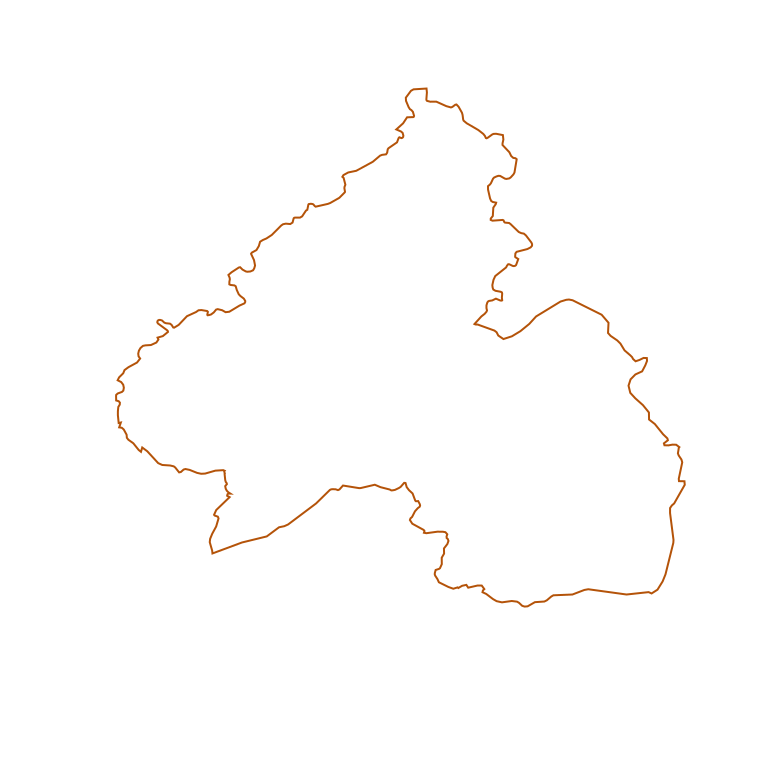 the State of Rheinland-Pfalz, rotated 344°
{"feature_id": "DEU-1580", "entity_name": "Rheinland-Pfalz", "entity_type": "State", "adm_level": 1, "iso_a3": "DEU", "parent_name": "Germany", "parent_adm1": "", "projection": "robinson", "projection_center": [7.376, 49.945], "detail": "fine", "context": "isolated", "style": "outline", "palette": "amber", "viewbox_px": 768, "rotation_deg": 344, "n_neighbors": 0, "source": "natural_earth", "source_scale": "10m", "svg_char_len": 6166}
<svg xmlns="http://www.w3.org/2000/svg" viewBox="0 0 768 768"><g transform="rotate(344 384 384)"><path d="M120.4,348.5L118.2,348.4L119.6,340.6L120.7,336.8L122.3,332.8L124.3,331.0L125.0,329.1L124.2,327.4L122.0,326.0L123.2,321.5L123.6,320.6L125.5,319.7L129.9,319.4L131.6,318.5L132.9,315.9L133.1,312.8L131.9,309.7L129.0,307.0L131.2,304.6L136.3,301.8L138.4,299.1L143.0,297.4L152.5,295.3L156.6,292.3L155.7,289.8L156.1,287.1L157.6,284.4L159.8,282.3L162.8,280.9L165.3,281.1L170.7,282.3L176.6,281.4L179.4,279.1L179.1,277.0L184.6,277.0L190.7,274.4L190.8,273.6L190.3,272.5L183.3,263.4L183.1,262.0L184.0,260.7L185.5,260.4L186.5,260.7L188.1,261.7L189.8,264.5L191.2,265.5L194.9,267.0L196.1,268.6L197.0,271.6L197.8,272.0L202.9,270.6L213.3,264.5L223.2,263.0L226.0,262.0L228.9,262.6L234.1,265.1L234.6,266.1L233.2,268.8L233.4,269.3L234.7,269.5L236.9,269.5L240.1,268.3L243.1,266.2L244.8,266.2L248.8,268.5L251.5,271.3L255.2,271.9L266.7,268.8L272.1,268.0L273.2,266.9L273.5,265.9L272.8,263.3L270.2,259.8L269.1,257.7L268.4,253.0L268.4,249.2L267.4,248.0L263.8,246.5L262.8,245.6L263.5,243.2L264.7,240.8L264.9,239.2L264.5,236.3L268.2,234.6L276.6,232.0L277.9,232.1L279.5,235.0L282.2,237.7L283.5,238.4L286.5,239.0L289.5,238.6L291.1,237.1L292.7,234.6L293.2,229.1L292.1,222.2L293.1,221.3L298.3,220.1L301.7,216.9L304.1,213.1L307.2,212.2L311.1,211.7L317.2,209.8L328.9,203.3L331.0,202.6L333.8,202.8L338.0,204.4L340.6,203.6L342.8,199.9L343.4,199.5L344.3,199.5L349.1,200.9L351.5,200.3L356.8,195.8L358.3,195.4L360.8,190.6L361.3,190.3L363.4,190.6L364.9,191.3L365.6,191.9L366.5,193.9L367.2,194.7L379.6,195.4L382.1,195.2L392.4,192.7L399.2,188.9L399.5,188.4L399.9,184.8L400.4,183.6L401.8,181.8L402.0,174.8L401.1,173.4L402.6,172.0L407.9,170.8L416.1,171.4L434.5,167.3L443.2,163.4L445.3,163.2L449.3,163.8L450.8,162.5L452.3,159.4L453.3,158.6L463.1,155.3L465.7,151.8L466.4,151.2L466.9,151.1L468.4,152.4L469.6,152.4L470.5,151.8L471.1,150.5L471.1,147.7L470.0,146.0L466.0,142.7L474.2,138.7L479.7,134.0L485.7,135.5L486.2,135.4L486.8,134.6L486.8,130.3L485.8,128.2L484.7,127.0L484.0,124.7L483.2,117.9L483.9,114.8L490.7,109.6L493.6,108.9L506.3,111.7L505.6,115.6L503.2,122.0L503.1,122.9L503.4,123.7L506.3,125.4L512.1,127.0L520.5,134.1L524.6,136.6L526.1,136.5L529.5,135.2L530.7,135.3L532.1,138.0L533.7,144.7L533.7,147.0L533.0,151.6L533.1,152.8L535.4,156.2L544.7,165.9L548.4,171.0L549.4,173.4L549.7,175.6L550.4,176.1L551.5,175.9L557.0,173.9L558.4,173.8L560.8,174.4L566.9,177.5L566.1,182.0L564.3,185.3L563.8,186.9L568.4,195.8L569.1,199.9L570.6,202.3L572.6,203.2L573.5,204.5L567.7,216.7L566.2,218.2L562.8,220.3L561.1,220.9L558.1,220.6L556.8,219.9L553.0,216.0L551.3,215.4L549.2,215.5L546.7,215.9L545.4,216.7L542.2,220.4L540.9,221.4L538.5,222.5L537.6,225.8L537.1,234.9L537.5,237.6L538.7,239.0L541.8,240.6L541.0,241.9L537.7,244.6L534.9,252.5L532.2,254.4L531.8,255.7L533.3,256.9L543.3,259.0L544.0,259.6L544.3,261.6L544.8,262.2L548.6,263.7L549.7,265.1L555.4,275.0L557.5,276.8L559.9,278.0L561.4,280.3L564.7,288.7L564.9,290.4L564.4,291.9L562.6,293.1L559.0,293.8L547.9,293.5L546.3,294.7L545.2,297.6L545.2,298.3L547.5,300.9L543.8,306.0L542.9,306.5L541.4,306.5L540.3,306.0L537.5,303.5L536.4,303.1L534.9,304.1L533.5,305.6L520.7,310.9L518.0,314.0L515.4,318.8L515.0,321.3L515.1,323.3L516.8,325.1L521.6,327.5L522.6,328.5L522.5,329.8L521.1,333.5L520.7,336.1L520.2,336.3L518.8,335.8L515.1,332.8L511.1,333.5L507.9,333.1L506.9,333.3L505.8,334.1L504.2,336.6L503.4,339.3L503.3,341.7L502.4,342.8L500.1,344.3L496.2,345.9L487.5,351.3L488.3,352.0L490.5,352.7L504.9,363.1L506.5,365.3L507.2,368.9L511.2,373.7L520.1,373.4L529.7,370.8L540.2,366.3L548.8,361.0L576.4,353.4L582.4,353.3L585.1,353.8L588.4,355.5L612.3,377.4L616.7,387.0L613.4,396.7L615.1,400.2L620.2,406.4L622.4,410.3L624.5,418.0L628.7,424.4L629.9,426.6L630.3,428.6L632.1,431.5L636.2,431.3L640.7,430.5L643.8,431.5L643.2,434.3L640.3,438.1L635.6,443.0L628.3,444.1L622.3,447.5L618.6,453.0L618.3,460.4L621.6,467.0L627.1,475.7L630.8,484.4L629.0,491.2L633.3,497.1L638.4,509.2L641.4,514.4L641.4,516.3L636.7,518.2L636.7,520.2L640.5,521.4L644.6,521.8L648.1,522.9L650.5,526.1L649.8,526.6L647.4,531.7L647.6,534.0L649.1,538.6L649.1,541.5L641.2,556.4L640.8,558.7L646.0,560.3L645.3,563.8L630.0,578.8L627.2,580.1L624.8,582.1L623.4,586.9L619.3,613.7L618.3,616.5L602.1,644.6L597.4,650.6L590.2,657.1L583.5,659.1L581.0,657.0L559.1,653.2L523.8,637.6L519.8,637.2L507.1,638.3L488.6,633.8L486.2,634.4L480.9,636.8L478.2,637.3L468.9,635.3L460.8,637.3L457.8,636.7L455.7,635.3L453.5,631.6L451.9,629.9L447.0,627.8L437.2,626.4L432.4,623.8L429.5,620.8L424.4,614.0L421.3,611.3L422.2,609.7L423.9,608.8L422.4,604.7L418.4,603.5L408.8,603.0L407.8,599.8L403.5,599.5L399.2,600.6L398.7,599.8L394.2,599.9L390.0,596.9L382.1,589.7L381.6,586.3L380.4,582.4L380.3,581.1L380.7,579.8L382.4,577.0L385.9,576.9L387.0,576.5L389.9,573.1L391.6,566.9L395.0,563.6L396.3,558.6L400.8,555.3L402.7,552.6L402.6,550.6L401.8,549.4L402.1,547.8L403.4,545.9L402.2,543.4L400.0,542.3L394.7,540.7L383.6,539.1L381.4,538.0L382.4,536.5L381.9,535.2L372.7,526.1L371.4,521.9L372.4,520.5L374.4,519.5L378.7,514.9L382.2,512.7L384.5,511.8L385.2,510.8L385.3,509.5L384.6,506.0L382.4,505.5L381.9,504.7L381.3,497.1L378.8,493.0L377.4,489.4L377.4,485.1L376.8,484.8L376.1,484.6L371.6,487.5L369.6,488.1L365.4,488.8L363.0,488.6L361.7,488.3L360.4,487.0L352.2,482.2L347.4,478.3L332.8,477.6L331.3,477.2L316.6,470.3L312.1,473.1L310.5,473.3L308.5,471.9L305.5,470.9L304.1,470.7L302.8,470.9L285.8,480.1L253.1,492.6L248.9,493.2L243.6,492.8L229.3,498.2L203.8,497.2L172.4,499.6L172.9,496.9L172.9,488.0L174.2,484.9L177.6,480.6L183.4,474.7L187.9,467.6L187.7,465.7L185.0,463.8L184.6,462.9L188.0,458.9L204.4,450.2L202.4,448.2L203.2,446.8L204.2,446.4L206.1,447.0L204.6,445.3L203.5,443.3L203.0,441.0L203.2,438.4L205.4,436.9L205.4,435.8L204.9,434.5L204.9,432.6L206.0,426.4L206.3,426.2L206.3,423.9L206.9,423.5L205.7,422.5L198.0,420.8L187.4,420.8L183.5,419.9L179.8,417.9L173.5,413.0L169.7,411.0L167.8,411.0L164.5,412.6L162.7,412.5L160.3,406.7L159.2,405.2L156.0,403.4L148.5,400.7L145.1,397.8L137.9,383.4L134.1,378.4L131.7,382.2L130.0,379.8L126.7,371.9L122.9,367.1L122.0,364.8L122.6,361.8L121.3,356.0L119.9,353.8L117.5,352.7L120.4,348.5Z" fill="none" stroke="#b45309" stroke-width="2"/></g></svg>